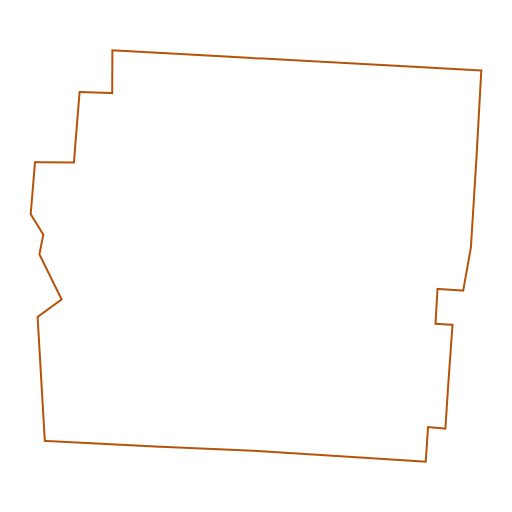 outline of Franklin, Ohio, United States of America
{"feature_id": "52423323B46586650957438", "entity_name": "Franklin", "entity_type": "district", "adm_level": 2, "iso_a3": "USA", "parent_name": "United States of America", "parent_adm1": "Ohio", "projection": "orthographic", "projection_center": [-83.012, 39.969], "detail": "fine", "context": "isolated", "style": "outline", "palette": "amber", "viewbox_px": 512, "rotation_deg": 0, "n_neighbors": 0, "source": "geoboundaries", "source_scale": "gbopen_adm2", "svg_char_len": 469}
<svg xmlns="http://www.w3.org/2000/svg" viewBox="0 0 512 512"><path d="M463.2,290.6L470.9,247.5L476.4,158.9L481.3,70.5L292.0,60.1L261.3,58.4L255.8,58.4L250.7,57.9L112.4,50.3L112.2,93.1L79.6,92.0L75.5,142.2L74.0,162.5L35.0,162.2L30.7,214.2L43.3,234.6L39.4,254.3L61.6,299.4L37.6,316.9L44.8,440.9L156.8,446.6L254.2,450.8L425.7,461.7L428.1,427.1L445.4,428.6L448.2,385.2L452.5,324.8L435.5,323.8L437.5,288.9L463.2,290.6Z" fill="none" stroke="#b45309" stroke-width="2"/></svg>